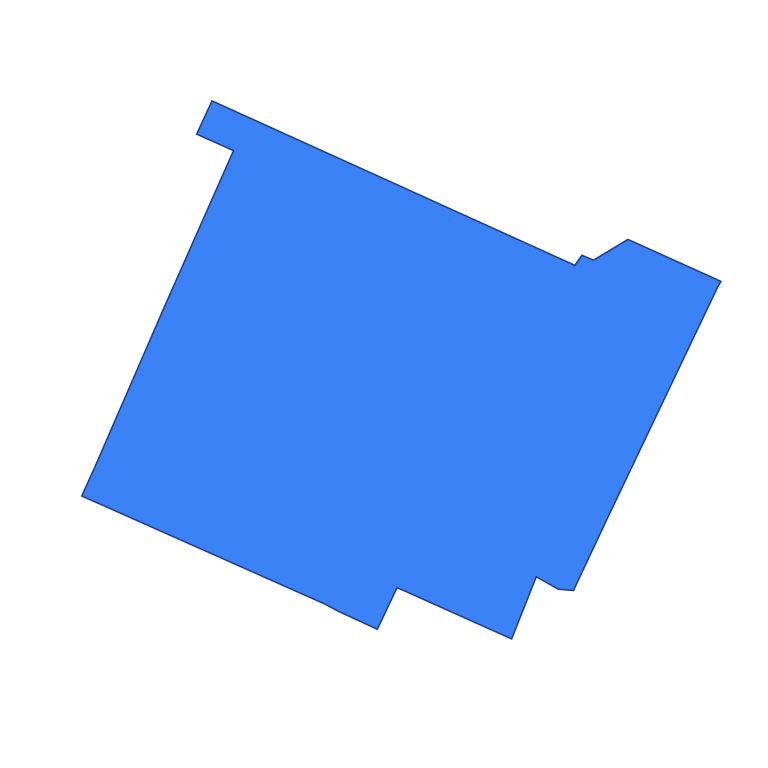 Carroll, Tennessee, United States of America, rotated 203°
{"feature_id": "52423323B38043667480018", "entity_name": "Carroll", "entity_type": "district", "adm_level": 2, "iso_a3": "USA", "parent_name": "United States of America", "parent_adm1": "Tennessee", "projection": "albers", "projection_center": [-88.503, 35.971], "detail": "fine", "context": "isolated", "style": "filled", "palette": "blue", "viewbox_px": 768, "rotation_deg": 203, "n_neighbors": 0, "source": "geoboundaries", "source_scale": "gbopen_adm2", "svg_char_len": 435}
<svg xmlns="http://www.w3.org/2000/svg" viewBox="0 0 768 768"><g transform="rotate(203 384 384)"><path d="M113.9,610.1L216.0,612.4L239.6,579.8L252.1,579.9L254.7,567.8L652.9,577.4L654.1,540.8L613.7,540.0L616.3,368.4L617.7,195.1L618.5,162.8L352.4,158.3L336.7,156.9L294.3,155.6L292.4,201.7L166.9,199.2L168.5,266.0L143.5,263.2L128.9,267.9L126.0,344.6L114.7,603.8L113.9,610.1Z" fill="#3b82f6" stroke="#1e3a8a" stroke-width="1.5"/></g></svg>